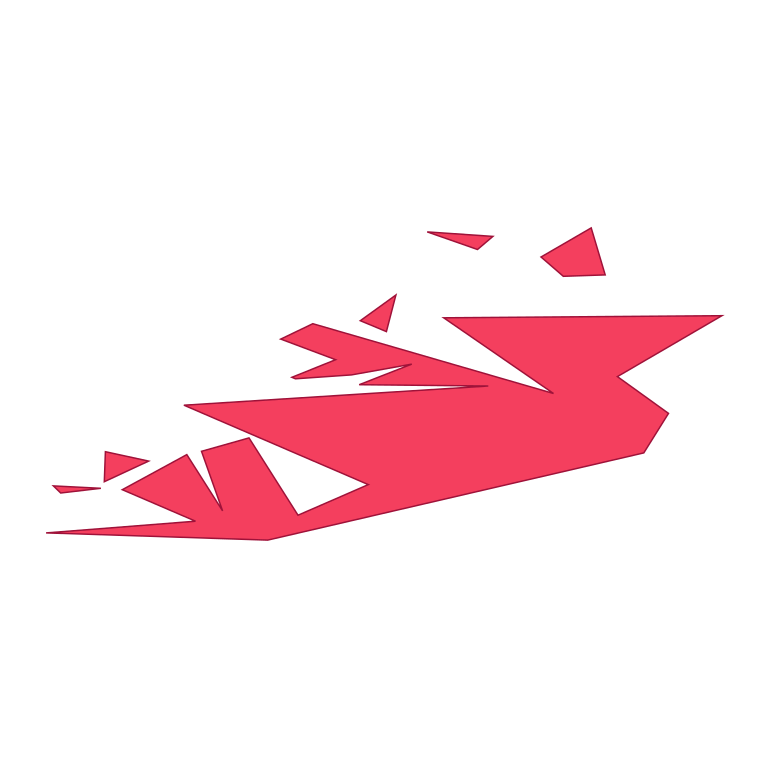 the County of Møre og Romsdal
{"feature_id": "NOR-910", "entity_name": "Møre og Romsdal", "entity_type": "County", "adm_level": 1, "iso_a3": "NOR", "parent_name": "Norway", "parent_adm1": "", "projection": "robinson", "projection_center": [7.305, 62.718], "detail": "coarse", "context": "isolated", "style": "filled", "palette": "rose", "viewbox_px": 768, "rotation_deg": 0, "n_neighbors": 0, "source": "natural_earth", "source_scale": "10m", "svg_char_len": 708}
<svg xmlns="http://www.w3.org/2000/svg" viewBox="0 0 768 768"><path d="M46.1,532.9L195.5,521.2L122.3,489.7L186.8,454.6L222.6,510.9L201.5,451.3L249.0,437.9L298.0,515.2L368.3,484.6L183.9,405.2L488.3,386.0L359.2,384.7L411.8,364.1L351.5,374.9L295.4,378.8L291.9,377.3L335.6,359.7L280.7,339.1L312.8,323.7L553.5,393.5L443.7,317.8L721.9,315.7L617.4,376.6L668.5,413.4L643.8,452.9L267.7,540.1L46.1,532.9ZM605.2,274.9L563.3,276.3L541.0,257.0L591.2,227.9L605.2,274.9ZM477.5,249.5L427.2,231.9L492.9,236.4L477.5,249.5ZM395.9,295.0L386.4,331.6L360.3,320.7L395.9,295.0ZM105.4,451.7L148.6,461.1L104.3,481.7L105.4,451.7ZM53.4,485.9L100.9,488.3L60.7,493.0L53.4,485.9Z" fill="#f43f5e" stroke="#9f1239" stroke-width="1.5"/></svg>